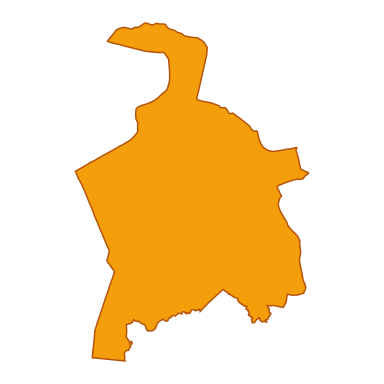 outline of Kota Subulussalam, Aceh, Indonesia
{"feature_id": "22746128B20185680371825", "entity_name": "Kota Subulussalam", "entity_type": "district", "adm_level": 2, "iso_a3": "IDN", "parent_name": "Indonesia", "parent_adm1": "Aceh", "projection": "orthographic", "projection_center": [97.94, 2.756], "detail": "fine", "context": "isolated", "style": "filled", "palette": "amber", "viewbox_px": 384, "rotation_deg": 0, "n_neighbors": 0, "source": "geoboundaries", "source_scale": "gbopen_adm2", "svg_char_len": 5986}
<svg xmlns="http://www.w3.org/2000/svg" viewBox="0 0 384 384"><path d="M92.2,357.7L125.1,361.0L125.0,360.4L124.6,359.7L124.7,355.7L124.4,355.0L124.2,353.7L124.4,353.3L125.2,351.8L125.9,351.0L126.6,350.6L128.0,350.4L128.7,350.1L129.4,348.4L130.5,347.1L130.7,345.7L130.4,344.7L129.7,343.3L129.8,343.3L130.9,344.2L131.5,344.2L131.8,344.1L132.1,343.5L132.2,342.9L131.7,341.8L131.4,341.5L131.1,341.4L130.4,341.6L129.3,341.6L128.8,341.1L128.8,340.8L126.2,336.8L126.7,332.3L126.3,324.7L131.1,323.3L131.5,322.7L132.3,322.4L133.1,320.8L133.6,319.7L136.0,321.3L138.4,321.4L139.8,322.0L141.0,323.3L143.4,324.2L144.8,325.2L145.0,325.3L146.7,329.8L147.3,330.2L147.4,330.7L148.1,331.0L148.5,330.8L148.8,330.9L149.2,330.8L150.1,330.7L151.2,330.9L152.8,330.6L154.0,329.6L154.8,329.2L155.2,328.7L157.1,324.2L158.1,322.3L160.8,320.4L162.8,319.5L163.2,319.1L164.8,320.8L166.6,321.1L167.0,321.1L167.8,320.8L168.0,320.4L168.3,319.4L169.3,317.9L169.9,317.6L170.8,317.6L172.2,315.8L173.0,315.6L173.8,315.6L175.4,316.0L176.4,315.0L177.5,314.0L178.3,313.5L179.4,313.2L180.5,313.4L181.8,314.1L182.0,312.7L182.5,312.1L183.4,311.9L183.9,311.6L184.5,311.9L185.3,313.0L185.9,313.6L186.2,313.7L186.5,313.8L186.9,312.9L187.3,312.5L187.9,312.5L188.1,313.2L188.5,313.4L189.4,313.4L189.8,313.2L190.8,311.8L191.1,310.2L191.9,309.8L194.5,309.7L194.8,309.8L194.8,310.3L195.5,310.8L197.0,310.1L198.1,310.3L198.5,310.2L199.0,309.6L199.5,309.2L199.8,309.7L200.1,309.9L200.2,311.4L208.6,302.6L223.0,289.5L229.6,294.2L229.3,294.3L230.0,294.5L233.6,296.9L237.2,298.3L237.8,299.0L237.8,300.2L238.0,300.7L238.4,301.1L238.4,301.5L239.1,302.0L239.1,302.6L240.2,303.0L240.7,303.3L241.2,303.7L241.5,304.2L242.2,304.3L242.3,304.6L242.8,304.7L243.0,304.9L243.3,304.9L243.3,305.2L243.7,305.4L243.9,305.8L244.2,306.1L245.4,306.2L245.7,306.4L245.9,306.4L246.0,306.3L246.2,306.2L246.6,306.5L246.8,306.5L246.6,307.5L246.0,308.7L246.0,309.0L246.8,309.3L247.1,309.3L247.7,309.6L247.7,310.7L248.2,310.8L248.2,311.2L248.7,311.6L249.3,312.9L248.4,314.3L248.5,314.7L249.0,314.5L248.9,315.3L249.4,315.3L249.9,315.9L250.1,315.8L250.4,316.0L250.7,316.8L250.7,317.1L251.3,316.9L252.1,317.0L252.1,317.5L252.4,318.4L252.2,318.6L252.1,319.2L251.6,319.3L251.4,319.7L251.8,321.2L252.0,321.4L252.2,322.7L253.0,322.9L254.0,322.8L254.6,322.0L255.0,321.9L255.2,321.7L255.7,320.7L256.5,319.7L257.8,318.9L258.0,318.2L259.2,317.8L259.6,319.1L260.0,319.4L260.3,320.6L260.8,320.7L261.5,321.2L261.8,321.7L262.4,322.0L263.2,321.5L264.3,321.5L265.6,321.6L266.6,322.1L266.6,321.5L266.0,320.8L265.3,320.4L265.4,320.1L265.7,319.7L266.1,319.6L267.4,319.6L267.8,319.5L267.8,318.9L268.0,318.3L268.4,317.7L268.7,316.7L269.7,316.1L269.9,314.7L270.5,314.2L270.9,313.5L270.1,312.9L269.0,311.9L269.0,311.4L269.3,310.7L269.3,309.7L269.0,309.5L269.0,308.4L267.9,307.5L268.0,306.4L267.9,305.8L267.7,305.6L269.6,305.8L274.2,305.5L280.6,307.0L283.5,307.3L284.1,305.7L285.4,303.7L286.3,301.2L287.1,294.9L287.4,294.2L291.7,295.2L297.6,295.0L303.7,293.3L304.2,291.2L305.1,290.3L305.5,288.7L305.7,287.1L304.8,283.8L303.1,280.2L301.9,272.9L299.8,263.2L299.5,259.7L299.6,258.2L300.3,255.2L300.6,252.0L300.4,249.6L299.6,243.7L299.9,241.3L298.8,238.5L297.8,236.6L295.9,234.3L294.0,232.4L292.0,230.6L288.6,226.5L287.7,225.2L287.5,224.2L287.0,222.7L285.5,219.8L281.5,213.5L280.7,211.9L278.7,207.0L278.3,204.9L278.6,202.0L279.8,198.1L280.2,197.5L281.5,196.2L279.3,191.9L279.0,190.9L278.5,189.9L277.6,188.7L277.1,186.8L277.5,186.1L278.3,185.6L284.4,183.1L290.7,180.8L291.7,180.6L292.8,180.2L296.5,179.3L300.9,179.2L301.9,179.1L303.0,178.7L303.8,177.9L304.7,176.3L307.6,174.1L308.4,173.2L308.6,172.8L308.1,172.4L305.8,171.6L300.7,169.2L300.1,166.8L298.5,158.9L297.1,153.5L296.1,151.0L296.0,150.4L296.4,148.7L296.9,147.9L296.9,147.7L296.4,147.6L292.7,148.3L290.6,148.9L289.4,149.0L288.3,149.0L286.5,149.2L284.7,149.7L278.6,150.8L273.6,151.4L272.5,151.5L269.6,150.9L267.9,150.3L266.1,149.3L264.9,148.4L263.4,147.5L262.3,146.1L261.5,144.8L259.9,141.3L258.7,138.1L257.6,132.8L257.1,131.3L256.9,130.9L254.0,131.2L252.0,130.0L251.3,129.0L249.8,126.3L249.3,125.6L248.1,124.9L246.9,123.8L245.1,122.6L244.5,121.9L242.4,120.4L239.9,118.2L236.5,115.9L235.6,115.2L235.0,114.6L234.7,114.6L232.5,113.0L230.6,113.7L229.1,113.3L228.8,113.1L228.4,112.1L227.3,110.1L225.7,108.0L224.3,107.6L220.8,107.8L219.7,106.4L218.8,105.7L214.0,103.9L211.2,102.9L203.1,101.4L198.6,100.1L196.7,99.3L196.8,97.9L198.6,90.7L206.7,54.9L207.2,47.4L203.8,42.0L201.8,40.7L201.2,39.9L200.0,39.4L198.9,38.6L197.3,37.8L192.6,37.4L186.0,36.3L184.3,35.7L182.1,33.9L180.6,33.2L178.4,32.7L177.1,32.1L174.9,30.6L169.6,29.0L168.6,28.5L166.9,26.9L165.3,24.3L162.2,23.9L159.9,24.2L157.3,23.4L156.3,23.4L153.0,24.8L152.2,25.0L151.1,24.7L148.0,23.6L146.0,23.0L145.1,23.1L144.1,23.5L139.5,26.6L138.4,27.2L135.1,27.3L134.2,27.6L132.0,28.9L131.0,29.0L129.7,28.7L128.0,28.1L126.8,28.1L125.0,27.4L122.4,27.6L120.0,28.3L117.0,29.6L116.0,30.4L113.2,34.1L110.6,37.1L107.4,41.3L110.0,42.3L112.1,42.9L119.3,44.5L123.3,45.7L145.5,51.3L157.7,52.5L160.0,52.6L164.0,52.4L166.5,56.0L167.0,56.5L168.0,58.3L168.6,59.7L169.3,67.5L169.7,73.6L169.6,79.0L169.2,82.4L167.5,88.4L167.1,89.2L166.0,90.8L165.4,91.4L162.6,93.4L157.8,97.9L155.3,100.0L151.7,101.8L147.7,103.6L144.6,104.6L141.0,105.7L140.0,106.4L138.7,106.7L137.6,107.4L136.5,108.4L136.0,109.5L135.7,113.5L135.8,116.7L136.1,119.4L137.3,121.7L137.7,122.7L137.6,126.3L137.8,131.8L135.5,134.7L132.7,137.9L130.5,139.9L126.9,142.2L126.1,142.5L123.8,144.1L122.1,145.1L120.5,145.7L112.0,150.6L103.3,155.3L102.0,156.1L97.2,158.8L95.1,160.2L90.9,162.2L87.8,164.2L75.4,171.3L76.1,172.8L76.4,173.9L78.4,178.4L79.8,181.0L80.7,182.4L82.1,185.6L84.3,190.3L90.3,205.1L91.6,207.8L94.6,216.0L96.1,219.6L98.2,224.2L98.6,225.6L99.8,228.5L100.9,230.9L106.0,243.2L109.1,250.4L109.3,251.3L107.0,260.4L107.0,260.8L107.3,261.6L114.4,271.5L114.4,272.2L112.7,277.5L109.8,285.3L107.2,293.6L104.7,300.6L104.5,301.1L104.4,301.6L97.1,323.5L94.7,331.2L94.8,331.8L94.0,341.4L92.2,357.7Z" fill="#f59e0b" stroke="#b45309" stroke-width="1.5"/></svg>